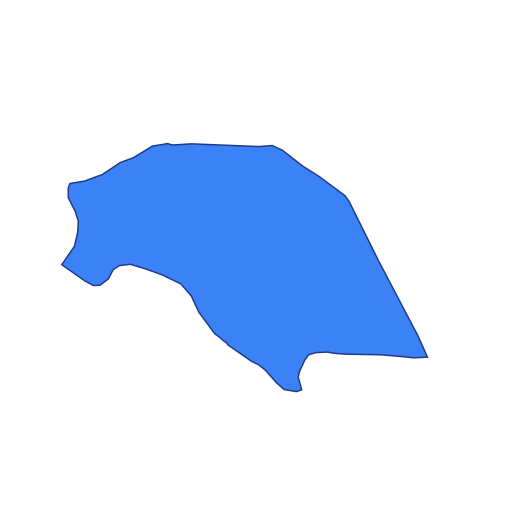 outline of Cantel, Quezaltenango, Guatemala, rotated 297°
{"feature_id": "79465075B39486283603330", "entity_name": "Cantel", "entity_type": "district", "adm_level": 2, "iso_a3": "GTM", "parent_name": "Guatemala", "parent_adm1": "Quezaltenango", "projection": "equal_earth", "projection_center": [-91.451, 14.814], "detail": "fine", "context": "isolated", "style": "filled", "palette": "blue", "viewbox_px": 512, "rotation_deg": 297, "n_neighbors": 0, "source": "geoboundaries", "source_scale": "gbopen_adm2", "svg_char_len": 951}
<svg xmlns="http://www.w3.org/2000/svg" viewBox="0 0 512 512"><g transform="rotate(297 256 256)"><path d="M149.8,341.8L153.6,353.7L157.6,357.4L165.1,350.6L167.0,348.6L172.8,347.2L185.4,346.7L192.0,347.8L197.1,353.2L202.5,362.6L205.0,370.2L206.9,374.9L209.5,381.0L216.5,395.3L224.7,412.2L233.1,432.8L236.9,442.8L243.7,454.7L258.3,436.7L307.3,367.4L347.0,314.0L350.1,307.9L355.5,276.3L357.3,256.6L362.2,231.6L361.8,220.3L354.9,209.1L326.7,147.7L317.0,131.2L316.0,126.2L306.8,113.7L287.9,102.1L277.6,92.6L258.5,81.9L254.6,78.1L244.8,69.1L236.1,57.3L231.2,57.9L222.8,62.2L213.4,75.0L206.3,81.9L196.4,86.3L182.4,89.8L160.1,86.9L156.1,114.8L155.9,124.6L159.2,130.3L168.4,134.8L179.2,135.0L185.4,138.6L191.5,147.6L194.3,162.8L196.6,181.1L197.0,201.9L190.9,216.7L180.0,230.6L168.0,254.5L166.9,261.5L165.8,264.5L165.3,269.0L164.0,271.5L160.1,300.2L160.3,307.8L158.5,316.2L152.2,332.3L149.8,341.8Z" fill="#3b82f6" stroke="#1e3a8a" stroke-width="1.5"/></g></svg>